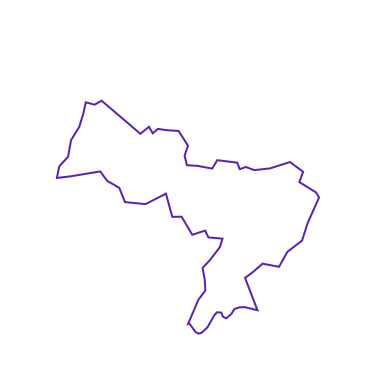 outline of Altiarik, Ferghana, Uzbekistan, rotated 325°
{"feature_id": "79887680B43666703114629", "entity_name": "Altiarik", "entity_type": "district", "adm_level": 2, "iso_a3": "UZB", "parent_name": "Uzbekistan", "parent_adm1": "Ferghana", "projection": "orthographic", "projection_center": [71.41, 40.491], "detail": "fine", "context": "isolated", "style": "outline", "palette": "violet", "viewbox_px": 384, "rotation_deg": 325, "n_neighbors": 0, "source": "geoboundaries", "source_scale": "gbopen_adm2", "svg_char_len": 1044}
<svg xmlns="http://www.w3.org/2000/svg" viewBox="0 0 384 384"><g transform="rotate(325 192 192)"><path d="M161.6,201.0L169.3,206.3L167.7,227.2L180.6,231.1L179.4,238.6L190.2,247.7L183.5,253.0L167.6,258.1L157.2,260.2L152.3,270.8L146.5,280.3L135.3,284.0L113.2,297.8L114.4,298.1L114.6,308.9L116.2,311.8L119.1,312.8L127.1,311.7L139.7,305.7L143.5,304.9L146.8,307.6L145.8,311.8L147.6,315.1L154.2,314.5L159.6,312.2L164.8,313.7L169.2,316.6L177.8,326.4L186.2,292.8L196.0,292.5L208.7,291.2L220.4,303.2L235.9,295.7L254.3,294.9L268.9,283.8L292.9,269.4L293.4,263.6L285.6,245.5L294.6,239.2L289.5,223.7L269.4,217.4L255.6,209.8L250.4,202.4L244.2,200.7L245.9,193.9L230.9,180.4L222.0,184.4L211.3,173.6L203.2,167.1L206.8,158.0L215.3,151.7L216.0,134.3L206.3,126.5L200.4,120.8L193.5,121.4L194.1,113.9L183.1,114.7L170.3,65.3L162.3,64.6L156.4,57.6L148.1,65.3L137.0,74.0L122.7,80.1L110.8,92.0L97.9,94.9L89.4,103.0L100.9,109.2L128.6,122.5L128.9,134.2L134.8,146.9L131.3,161.8L147.0,175.3L169.7,178.4L161.6,201.0Z" fill="none" stroke="#5b21b6" stroke-width="2"/></g></svg>